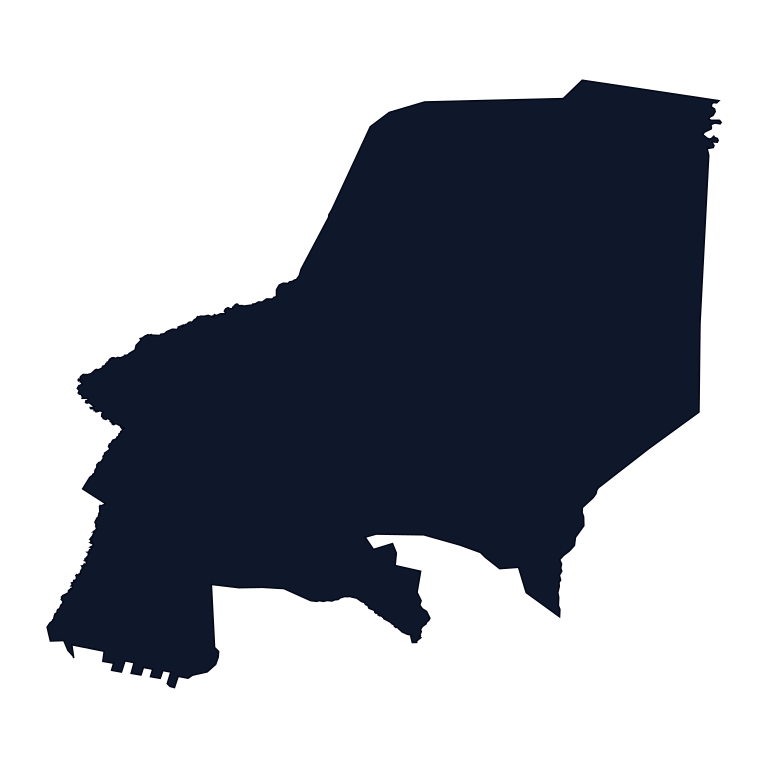 Chibombo, Central, Zambia, rotated 91°
{"feature_id": "96606910B53104033004120", "entity_name": "Chibombo", "entity_type": "district", "adm_level": 2, "iso_a3": "ZMB", "parent_name": "Zambia", "parent_adm1": "Central", "projection": "equal_earth", "projection_center": [27.894, -14.857], "detail": "fine", "context": "isolated", "style": "filled", "palette": "ink", "viewbox_px": 768, "rotation_deg": 91, "n_neighbors": 0, "source": "geoboundaries", "source_scale": "gbopen_adm2", "svg_char_len": 6122}
<svg xmlns="http://www.w3.org/2000/svg" viewBox="0 0 768 768"><g transform="rotate(91 384 384)"><path d="M489.9,170.1L486.1,169.3L483.8,167.6L444.1,118.3L406.6,68.6L372.3,68.8L343.2,69.0L317.7,69.1L309.3,69.1L317.9,69.1L149.7,63.3L142.5,65.1L142.8,64.0L141.8,58.9L139.9,58.2L136.6,60.2L136.1,59.1L136.5,55.0L134.7,54.1L132.7,55.0L131.8,57.7L130.5,58.6L132.9,60.9L133.4,62.8L132.5,65.3L129.0,69.7L126.6,68.0L123.2,61.3L121.2,61.1L119.5,61.9L118.6,60.8L117.3,57.5L118.0,52.5L116.6,51.4L114.5,53.1L114.6,61.8L113.5,63.7L111.8,63.4L109.7,59.7L105.9,57.6L103.2,58.3L101.3,61.5L98.5,61.3L96.9,59.7L97.1,56.3L94.9,54.0L76.8,191.1L95.5,209.8L101.3,348.3L112.4,383.5L127.0,402.2L210.6,439.2L215.7,442.1L218.3,442.3L270.7,468.9L276.9,470.5L281.2,473.5L281.5,475.2L283.0,477.4L283.5,480.3L285.1,481.5L285.0,486.8L287.0,490.6L291.6,493.1L298.0,493.1L298.9,493.9L299.3,495.7L301.0,496.9L301.0,502.9L304.3,507.3L304.1,510.9L306.1,514.2L306.4,516.6L307.2,516.5L308.3,524.0L308.8,524.4L308.1,526.7L308.2,530.3L306.6,532.1L306.7,533.1L308.2,535.1L309.5,535.2L309.7,536.5L311.2,536.7L311.5,539.0L310.4,541.3L311.5,543.5L312.2,543.2L312.7,544.4L314.1,544.9L315.5,543.6L316.5,544.1L316.6,548.6L318.5,552.8L317.7,554.5L318.5,554.6L318.3,555.1L319.0,555.1L319.0,555.9L319.7,555.3L319.5,556.1L320.1,556.1L318.4,561.0L319.4,564.8L319.4,568.9L320.2,570.1L319.9,571.7L322.1,572.9L322.8,574.6L325.7,576.9L325.4,578.8L326.0,580.6L327.8,582.0L327.7,582.9L328.8,584.7L328.5,585.7L329.4,585.8L329.2,587.0L330.3,586.9L329.7,588.3L330.6,590.7L333.1,591.4L332.9,596.5L335.4,602.2L337.6,604.4L338.1,608.0L339.4,608.8L339.2,616.8L338.6,617.6L339.3,619.5L338.8,620.8L340.2,623.8L342.4,626.7L342.8,628.6L344.6,627.8L349.6,632.5L354.3,633.5L358.0,639.5L358.9,639.9L360.0,642.4L359.7,643.5L361.1,644.8L362.4,647.9L362.1,651.0L363.0,652.4L362.7,655.1L363.3,655.5L362.9,656.1L362.5,655.6L362.5,656.4L364.1,658.7L364.9,658.4L364.8,659.1L366.6,660.0L367.1,661.3L368.3,661.3L368.4,662.3L370.1,663.0L371.3,665.7L373.0,666.1L374.8,670.0L374.4,671.6L374.8,672.8L378.7,677.0L379.8,680.7L379.7,684.9L381.6,687.2L382.7,687.9L384.4,687.6L385.0,688.2L384.4,689.5L385.5,689.9L386.2,689.5L386.0,688.8L386.9,686.8L387.4,687.2L387.6,686.1L389.3,686.1L390.8,687.9L390.8,688.9L393.7,690.6L396.0,688.5L398.3,689.6L399.4,688.5L399.6,686.7L402.1,685.3L403.6,685.6L403.3,680.0L405.3,679.4L405.9,681.7L407.7,682.1L408.3,680.6L407.8,678.9L408.5,677.3L411.6,673.6L412.6,674.7L412.7,677.3L413.7,677.0L414.0,673.6L415.6,673.3L415.3,672.7L416.9,671.4L416.3,670.6L416.6,670.1L415.8,667.6L416.2,665.7L417.2,664.6L418.6,665.6L421.4,665.7L422.5,664.1L423.4,664.2L424.4,661.4L423.3,660.1L424.3,657.2L426.2,657.1L426.7,654.7L427.6,655.6L428.3,654.3L429.0,654.7L429.4,653.4L428.5,651.8L428.6,650.2L429.6,648.8L429.9,646.8L431.1,646.8L432.8,645.4L432.3,644.7L432.8,643.1L433.8,643.4L433.9,644.7L436.1,645.3L436.1,646.3L437.8,646.6L438.4,648.0L440.8,648.4L441.8,650.1L443.5,650.5L444.9,654.2L448.2,656.0L448.8,657.5L451.5,658.4L452.9,657.1L454.8,657.7L458.0,662.2L459.6,662.2L461.2,663.7L463.1,663.3L466.8,665.6L467.5,667.8L469.7,669.7L472.6,669.7L475.0,671.4L478.2,671.7L479.3,673.5L480.9,673.7L480.9,674.6L482.5,676.6L494.1,683.5L508.0,661.1L509.4,661.5L510.7,664.8L510.4,665.7L511.3,666.3L516.8,665.9L518.7,666.9L519.4,666.1L520.1,667.0L522.8,667.7L523.2,669.0L524.5,668.6L525.0,669.7L527.3,670.6L529.6,669.4L531.0,669.8L533.9,668.8L536.3,671.0L535.9,671.9L536.6,671.2L537.0,672.0L537.1,671.2L541.5,673.0L542.2,672.6L542.0,673.6L543.6,674.8L543.9,674.0L544.7,675.1L544.9,674.4L546.3,674.3L546.5,673.5L547.4,674.7L547.4,673.5L548.2,674.2L548.8,672.5L550.6,671.7L551.9,674.3L552.5,673.3L552.7,674.1L552.9,673.4L554.5,674.3L554.8,675.5L557.2,676.3L557.4,677.6L558.4,675.8L558.8,676.7L560.9,676.8L562.9,678.7L563.5,678.2L564.0,679.9L565.4,680.0L565.7,679.2L565.9,679.7L566.1,678.7L568.9,678.5L569.6,679.0L569.2,680.6L570.3,681.2L570.7,680.7L570.9,682.0L571.5,682.2L571.3,683.1L573.3,682.2L574.3,682.7L574.3,682.1L574.6,683.1L576.4,684.0L579.4,684.5L579.2,685.5L580.0,685.7L580.3,687.0L579.9,687.9L581.0,688.8L581.7,688.1L584.2,688.2L585.6,689.1L585.8,690.8L587.4,690.7L588.4,693.0L589.5,692.1L591.2,693.2L591.0,692.3L591.5,691.9L594.2,692.5L594.1,693.8L594.9,693.8L595.4,695.1L596.5,696.0L597.2,695.3L598.6,696.5L600.3,699.8L600.7,699.5L600.8,701.1L602.6,702.8L603.3,702.2L605.0,703.0L606.9,701.2L609.4,701.7L610.7,703.2L614.6,704.5L614.8,705.7L615.9,706.7L618.3,707.0L619.8,709.1L625.4,710.4L625.7,711.2L627.2,711.6L628.4,713.6L632.9,716.6L646.8,713.1L646.1,699.7L655.8,695.4L661.4,690.2L663.4,689.4L650.2,691.6L656.1,659.1L666.2,660.3L667.9,649.5L675.0,651.4L676.6,641.5L665.3,638.1L667.0,629.0L677.7,631.8L679.2,621.9L671.6,619.6L673.2,610.3L680.7,612.4L682.2,602.6L674.4,600.1L675.7,592.1L687.4,595.5L690.1,592.7L691.2,588.2L679.9,584.7L681.6,574.8L678.5,570.4L674.9,555.7L667.2,547.4L659.9,545.0L654.3,544.7L650.4,548.8L587.4,553.1L590.2,525.6L589.4,501.9L590.3,480.5L601.9,453.5L602.5,447.5L601.7,444.9L602.4,440.9L601.4,436.8L601.9,432.3L600.6,429.3L600.3,426.2L598.6,424.0L597.2,419.7L597.3,416.1L596.9,415.4L598.6,407.5L601.9,402.7L602.9,399.6L604.8,398.7L605.7,396.3L608.5,395.1L610.6,389.4L612.2,389.3L613.3,388.2L613.1,387.4L614.1,385.7L615.0,385.8L615.9,384.1L615.7,382.9L617.1,381.2L616.9,380.4L618.6,380.1L622.1,373.3L623.9,371.5L624.1,369.9L625.9,369.5L627.2,368.0L627.0,365.9L628.1,365.5L631.7,361.3L633.9,356.0L634.5,352.3L635.8,352.8L642.0,351.2L641.8,346.8L640.2,346.8L637.0,342.7L635.7,344.0L634.9,343.2L634.0,343.7L631.0,342.4L628.8,343.2L626.0,341.6L623.0,337.7L621.7,337.5L619.4,335.0L617.4,334.0L610.6,337.5L608.1,341.7L605.2,343.9L603.9,344.3L600.0,343.1L591.8,347.3L570.6,344.1L565.3,369.7L552.8,368.7L543.4,372.7L549.6,391.6L537.5,400.2L534.2,389.2L534.1,341.6L543.7,305.2L550.8,284.6L555.5,279.7L566.6,265.1L564.9,246.3L590.1,238.2L613.7,204.4L606.3,204.2L602.5,205.8L594.2,205.6L589.7,206.6L583.2,205.2L579.5,205.6L577.0,204.0L572.2,205.3L568.0,203.0L565.0,204.1L560.9,203.3L556.6,205.3L552.2,201.4L547.7,195.7L542.1,190.8L534.0,189.9L522.2,181.7L513.3,182.1L509.0,183.7L504.1,183.5L493.8,172.7L489.9,170.1Z" fill="#0f172a" stroke="#020617" stroke-width="1.5"/></g></svg>